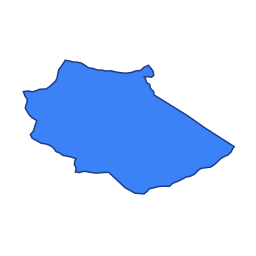 Terra Nova, Bahia, Brazil (Equal Earth projection), rotated 275°
{"feature_id": "56859067B99901610018599", "entity_name": "Terra Nova", "entity_type": "district", "adm_level": 2, "iso_a3": "BRA", "parent_name": "Brazil", "parent_adm1": "Bahia", "projection": "equal_earth", "projection_center": [-38.599, -12.402], "detail": "fine", "context": "isolated", "style": "filled", "palette": "blue", "viewbox_px": 256, "rotation_deg": 275, "n_neighbors": 0, "source": "geoboundaries", "source_scale": "gbopen_adm2", "svg_char_len": 1488}
<svg xmlns="http://www.w3.org/2000/svg" viewBox="0 0 256 256"><g transform="rotate(275 128 128)"><path d="M96.2,213.6L99.1,217.3L101.4,219.4L103.9,221.5L106.2,223.7L108.0,226.5L109.9,230.0L113.3,232.9L116.3,234.0L118.7,235.4L135.1,204.0L144.3,188.2L146.0,185.1L163.2,151.1L166.5,150.4L169.5,146.9L173.4,145.7L174.7,142.7L177.7,141.5L180.3,139.7L180.9,143.6L180.7,147.1L182.7,149.1L186.8,148.0L189.9,145.3L192.3,142.8L189.8,138.6L186.5,135.6L185.4,130.4L183.7,126.8L182.4,121.1L182.4,115.6L182.7,111.1L183.5,106.2L182.9,101.3L183.4,96.5L183.1,92.3L184.3,88.0L184.5,83.5L186.9,79.3L188.6,75.8L189.1,71.8L189.0,67.6L189.7,63.4L190.0,59.6L187.2,58.2L184.1,56.4L179.9,53.9L175.1,53.3L171.5,52.9L168.5,51.8L165.8,49.3L162.7,46.6L159.7,42.9L158.9,36.7L157.0,32.9L155.7,29.8L156.2,25.2L155.1,20.6L151.1,22.5L147.8,25.1L144.6,25.1L141.3,24.2L138.6,24.0L135.6,26.2L132.4,28.5L129.8,31.7L127.4,36.5L123.3,35.4L119.3,34.6L116.2,33.8L113.0,31.3L109.5,33.4L107.4,38.1L105.3,42.7L104.9,47.8L103.8,51.8L102.0,55.1L98.2,58.4L97.1,62.4L95.2,65.1L94.6,69.4L94.2,74.0L92.7,78.9L90.0,77.8L86.8,77.8L83.5,79.9L79.6,79.4L79.3,83.3L80.7,86.5L81.1,90.1L80.5,94.2L80.3,100.3L81.5,107.3L82.2,112.6L68.1,130.6L66.2,135.1L63.7,140.4L63.7,144.8L63.8,149.7L66.6,152.7L69.3,154.5L70.9,159.5L72.5,164.2L73.2,168.9L73.5,174.4L76.6,177.1L78.1,180.0L80.2,183.9L82.2,187.1L84.2,190.0L85.2,193.9L87.7,198.2L90.8,200.6L93.0,202.6L94.5,205.5L95.2,208.7L96.2,213.6Z" fill="#3b82f6" stroke="#1e3a8a" stroke-width="1.5"/></g></svg>